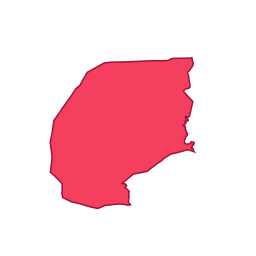 outline of Juchitán, Guerrero, Mexico, rotated 296°
{"feature_id": "50627088B83816556516", "entity_name": "Juchitán", "entity_type": "district", "adm_level": 2, "iso_a3": "MEX", "parent_name": "Mexico", "parent_adm1": "Guerrero", "projection": "robinson", "projection_center": [-98.669, 16.586], "detail": "fine", "context": "isolated", "style": "filled", "palette": "rose", "viewbox_px": 256, "rotation_deg": 296, "n_neighbors": 0, "source": "geoboundaries", "source_scale": "gbopen_adm2", "svg_char_len": 4170}
<svg xmlns="http://www.w3.org/2000/svg" viewBox="0 0 256 256"><g transform="rotate(296 128 128)"><path d="M130.9,62.7L126.1,61.9L123.9,61.5L122.0,61.2L120.8,61.0L119.7,60.8L118.5,60.6L116.1,60.2L115.5,60.2L113.4,59.9L112.5,59.7L111.6,59.6L110.6,59.4L109.9,59.3L108.3,59.1L107.4,58.9L106.3,58.8L102.3,58.1L94.1,60.7L90.1,62.0L81.1,64.3L69.7,71.9L68.5,72.6L68.3,72.6L66.7,73.3L63.4,74.5L59.6,75.7L58.1,76.3L55.1,77.3L54.3,77.5L53.6,80.1L52.5,84.0L49.1,93.3L48.7,93.5L46.9,94.3L43.6,95.9L42.9,96.3L41.5,96.7L40.4,97.2L36.9,99.7L36.9,102.4L36.8,107.9L36.9,109.9L37.8,113.4L39.2,120.1L39.4,122.0L40.6,129.0L42.4,136.1L44.6,138.1L46.1,139.4L47.0,140.1L47.9,141.0L48.2,141.0L48.6,141.6L49.2,142.6L50.6,145.1L51.9,146.9L53.4,149.3L55.4,152.6L56.2,154.0L56.5,154.8L56.9,156.3L57.7,158.3L57.8,158.4L58.3,161.1L59.8,163.6L59.9,163.8L60.1,164.0L60.4,163.3L60.9,161.9L61.2,161.4L61.5,161.0L62.2,160.6L63.2,160.2L64.6,159.7L65.7,159.4L66.7,159.0L68.5,158.0L69.9,157.2L70.2,157.1L71.0,157.1L71.3,157.0L71.6,156.6L71.9,156.1L72.1,155.8L72.3,155.0L72.5,154.2L72.7,153.4L73.0,152.5L73.1,151.8L73.2,151.5L73.4,151.4L73.5,151.3L74.0,151.5L74.5,151.7L74.9,151.9L75.3,152.1L75.6,152.0L75.8,151.8L76.0,151.2L76.5,150.2L76.5,149.9L76.4,149.6L76.1,148.7L75.7,147.7L75.6,147.3L75.5,147.0L75.8,147.1L88.8,152.9L97.3,164.1L103.4,167.1L111.8,171.4L112.7,172.3L116.2,173.5L121.1,176.6L123.1,177.7L127.8,183.5L134.7,191.2L135.7,197.7L135.7,197.9L136.0,197.4L136.2,197.2L136.5,196.9L136.9,196.4L137.5,195.9L137.9,195.7L138.0,195.5L138.1,195.3L138.2,195.1L137.9,194.8L137.7,194.6L137.6,194.4L137.7,194.2L137.8,194.0L138.0,193.8L138.2,193.6L138.4,193.6L138.6,193.6L138.8,193.6L139.1,193.6L139.3,193.7L139.5,193.8L139.8,193.8L140.0,193.8L140.3,193.7L140.6,193.6L140.8,193.6L141.1,193.8L141.5,194.1L141.7,194.3L141.9,194.4L142.0,194.4L142.9,194.4L143.3,194.2L143.6,194.0L143.9,193.6L143.9,193.3L144.0,192.9L143.8,192.3L143.6,191.5L143.6,191.1L143.4,191.0L143.2,190.8L142.6,190.9L142.1,190.9L140.9,190.1L140.3,189.6L139.7,188.7L139.4,188.1L139.3,187.5L139.1,187.0L139.0,186.5L139.0,186.1L139.1,185.9L139.5,185.7L139.9,185.2L140.2,185.0L140.5,184.7L140.9,184.4L141.1,184.3L141.2,184.2L141.5,184.2L142.0,184.2L143.2,184.2L144.6,184.1L145.1,183.9L145.3,183.7L145.5,183.6L145.8,183.6L146.1,183.8L146.7,184.3L146.9,184.4L147.2,184.4L147.4,184.4L147.6,184.4L148.0,184.3L148.3,184.0L148.6,183.9L149.0,183.9L149.4,183.6L149.5,183.3L149.5,182.9L149.5,182.3L149.6,182.1L149.8,182.0L150.0,181.8L150.2,181.7L150.4,181.5L150.5,181.5L150.6,181.4L150.9,181.4L151.1,181.4L151.4,181.2L151.5,180.9L151.7,180.5L152.1,180.1L152.4,179.9L152.7,179.6L153.0,179.3L153.2,179.2L153.4,179.2L154.0,179.3L154.2,179.2L154.6,178.7L154.7,178.3L154.7,178.1L154.3,177.7L154.3,177.2L154.3,176.7L154.7,176.4L154.8,176.3L155.1,176.3L155.5,176.8L155.8,177.0L156.1,177.3L156.3,177.5L156.5,177.4L156.9,177.3L157.1,177.2L157.3,177.2L157.4,177.3L157.4,177.5L157.6,177.7L157.8,177.9L158.1,177.9L158.3,177.9L158.5,177.7L158.8,177.3L158.8,177.0L158.9,176.4L159.1,176.3L159.3,176.3L159.5,176.4L159.6,176.5L159.6,176.9L159.7,177.3L159.8,177.5L160.0,177.8L160.4,178.1L160.6,178.4L160.9,178.7L161.1,178.8L161.4,178.7L161.6,178.7L161.8,178.0L161.9,177.4L161.6,176.3L161.7,176.0L162.1,175.4L162.5,175.0L162.9,174.8L163.3,174.7L163.7,174.7L163.9,174.7L164.0,174.8L164.0,175.0L163.9,175.3L163.5,175.5L163.4,175.7L163.3,176.0L163.3,176.5L163.3,177.0L163.6,177.3L163.8,177.4L164.2,177.5L164.8,177.5L165.1,177.5L165.3,177.7L165.5,177.9L165.6,178.1L165.8,178.0L180.2,174.7L181.7,170.7L184.8,162.5L186.1,161.7L187.8,162.4L188.9,163.2L189.8,164.7L190.6,165.3L191.6,165.8L192.7,165.5L194.8,164.2L196.1,163.1L197.4,162.3L198.9,161.2L199.8,160.7L202.0,159.1L203.3,157.5L204.5,157.1L206.8,158.1L208.7,158.4L210.0,158.4L210.6,158.6L211.5,158.9L212.3,158.7L213.6,158.7L214.3,158.5L214.9,158.2L215.6,157.7L216.3,156.9L216.7,156.5L218.0,155.5L218.8,154.9L219.2,154.6L218.6,154.0L218.3,153.8L211.7,140.6L210.8,138.7L209.4,136.9L208.3,136.0L206.5,134.7L205.4,132.8L204.9,132.0L203.9,130.0L198.9,119.8L192.8,108.7L186.6,97.3L179.2,82.9L175.8,77.9L168.0,72.5L160.2,67.0L145.0,66.0L140.5,63.9L137.9,63.6L130.9,62.7Z" fill="#f43f5e" stroke="#9f1239" stroke-width="1.5"/></g></svg>